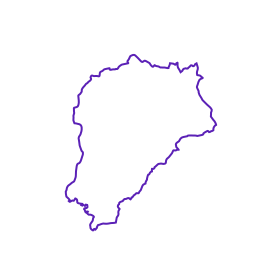 Dai Loc, Quàng Nam, Vietnam (Albers equal-area conic projection), rotated 139°
{"feature_id": "81297802B98438479076374", "entity_name": "Dai Loc", "entity_type": "district", "adm_level": 2, "iso_a3": "VNM", "parent_name": "Vietnam", "parent_adm1": "Quàng Nam", "projection": "albers", "projection_center": [107.976, 15.834], "detail": "fine", "context": "isolated", "style": "outline", "palette": "violet", "viewbox_px": 256, "rotation_deg": 139, "n_neighbors": 0, "source": "geoboundaries", "source_scale": "gbopen_adm2", "svg_char_len": 5700}
<svg xmlns="http://www.w3.org/2000/svg" viewBox="0 0 256 256"><g transform="rotate(139 128 128)"><path d="M219.2,72.7L216.9,73.1L216.7,73.5L214.5,74.4L213.9,74.2L212.8,73.6L211.8,73.3L210.0,72.5L209.3,72.1L208.8,71.5L208.2,71.0L207.5,70.2L205.9,69.0L203.2,67.4L200.9,65.6L199.2,64.6L195.4,67.7L194.7,68.0L193.1,68.4L192.4,68.7L191.5,69.4L191.0,70.3L190.0,71.3L189.4,71.7L187.5,72.4L187.5,74.4L187.3,75.1L187.1,75.5L186.5,76.0L186.0,76.2L185.6,76.4L184.8,76.3L184.5,76.5L184.2,76.8L183.8,77.2L182.6,77.3L181.1,76.8L180.0,76.3L179.9,76.3L179.7,76.5L177.4,76.7L177.0,76.5L175.9,75.7L174.4,75.3L173.9,75.0L173.5,74.7L173.3,74.4L173.2,73.4L173.0,72.7L172.9,72.5L171.3,72.8L171.0,73.2L170.8,73.2L170.2,73.0L169.8,72.9L168.4,73.2L167.9,73.4L166.7,73.2L164.5,73.3L164.1,73.0L162.9,71.9L162.4,71.9L161.1,72.5L159.3,72.7L158.8,72.9L155.2,74.8L154.3,75.1L153.4,75.2L151.2,74.6L150.5,75.4L149.1,76.0L148.9,76.2L148.4,76.4L148.0,76.4L147.6,76.6L147.2,76.9L146.9,77.3L146.2,77.8L144.8,78.8L143.4,79.5L142.8,79.2L142.2,79.2L140.8,79.8L139.7,79.9L139.3,79.9L138.4,79.5L137.6,80.6L136.7,81.4L135.7,80.5L135.2,80.4L134.5,80.4L133.6,81.0L132.9,80.9L129.2,81.0L128.6,80.9L126.4,79.5L124.9,77.7L124.3,77.3L123.6,76.9L123.2,76.8L122.7,76.8L122.2,77.0L120.9,78.2L120.2,78.7L119.2,79.1L118.7,79.2L116.3,79.2L115.1,79.4L111.9,80.0L111.1,80.2L108.7,81.3L108.2,81.2L106.9,79.9L106.3,79.6L105.2,79.4L104.1,78.4L104.0,78.5L104.0,82.0L103.8,82.4L103.2,83.2L102.9,83.9L102.5,84.3L102.1,84.6L101.3,84.8L100.3,84.8L98.6,84.6L98.1,84.6L95.8,85.4L95.2,85.5L94.2,85.5L93.4,85.4L92.0,84.8L89.0,83.1L88.6,82.9L88.0,83.0L87.5,82.8L86.3,81.9L81.7,77.7L81.0,76.6L79.8,75.9L76.9,74.3L76.0,73.9L75.3,73.9L74.7,74.4L73.8,74.4L72.4,74.2L70.2,73.7L69.9,73.6L69.6,73.2L69.5,72.8L69.5,71.9L69.5,71.7L69.3,71.6L68.8,71.3L67.2,71.0L66.8,70.7L65.8,70.4L65.1,70.3L64.7,70.7L63.7,71.7L62.6,72.3L61.0,72.7L60.0,72.7L59.5,72.5L59.4,72.6L59.0,73.5L58.7,74.4L58.3,76.2L58.3,78.0L58.0,81.8L57.9,82.3L56.4,83.8L55.9,84.4L55.3,85.1L53.7,86.0L53.1,86.6L52.8,86.9L52.6,87.9L52.5,88.8L52.5,89.9L53.0,93.8L53.2,96.6L53.4,99.5L53.4,100.6L53.0,102.0L52.3,106.2L51.4,108.4L50.6,109.4L50.4,109.8L49.8,112.0L49.4,113.2L49.2,113.6L48.7,114.1L46.9,115.1L44.7,116.5L42.6,117.4L41.9,117.4L41.3,117.4L40.5,117.2L39.3,116.8L38.8,116.8L38.7,117.0L39.1,118.6L39.1,119.7L39.2,120.1L39.8,121.1L40.8,122.2L40.9,122.4L41.0,122.7L40.0,124.2L39.3,124.9L38.7,125.4L36.8,126.6L35.8,127.6L35.1,129.0L33.9,131.8L35.5,132.1L36.7,131.6L37.4,131.6L38.0,131.7L38.5,132.2L38.7,133.3L39.1,133.8L39.4,134.0L39.8,134.0L41.4,133.8L43.1,133.9L43.6,133.7L43.9,133.8L44.5,134.1L45.4,135.3L46.3,135.7L47.1,136.1L47.9,136.1L49.6,135.5L51.7,135.6L51.5,136.4L51.1,138.0L50.7,140.5L50.4,141.3L49.8,142.4L47.9,144.6L47.9,144.8L48.8,145.1L49.3,145.0L50.5,144.6L50.9,144.8L51.2,145.8L51.6,146.8L53.8,149.3L55.0,148.4L55.9,147.9L57.4,147.3L58.1,146.7L58.8,147.2L60.6,149.5L63.8,152.4L64.2,153.2L64.5,154.3L66.1,156.3L66.5,157.1L66.6,157.8L66.8,158.0L67.4,157.9L68.1,157.8L68.7,157.8L69.1,158.0L69.4,158.5L69.5,159.5L69.5,161.1L69.3,161.9L69.2,162.8L69.5,163.8L70.5,166.6L71.1,167.7L71.6,168.0L73.2,168.2L73.9,168.5L74.3,169.2L74.4,169.9L74.6,174.5L74.9,177.8L75.1,178.6L75.4,179.1L76.2,179.8L77.2,180.2L78.9,180.7L80.2,180.3L81.2,179.8L82.4,179.3L84.5,178.8L85.0,178.2L85.2,176.9L85.5,176.8L90.9,179.8L91.5,180.0L93.5,180.2L94.6,180.2L95.5,180.0L96.4,179.6L96.9,179.6L97.3,179.6L97.6,179.7L97.8,179.9L98.4,180.5L99.4,180.8L100.1,181.5L101.5,182.5L102.5,183.0L103.2,183.6L103.4,184.1L103.3,184.5L102.8,185.1L102.9,185.4L106.9,187.6L107.9,187.9L109.1,187.8L110.2,187.9L111.1,188.2L112.0,188.4L113.0,188.1L115.2,186.1L115.8,186.0L116.2,186.2L117.3,187.6L119.8,189.7L120.5,190.9L120.9,191.3L121.4,191.4L121.8,191.4L122.7,191.0L123.2,190.6L123.4,189.7L123.8,189.1L124.4,188.8L125.6,188.6L127.7,188.8L128.6,188.6L129.6,188.6L130.4,188.8L131.4,188.7L132.6,188.4L134.3,188.2L135.6,188.0L136.7,187.7L137.6,187.3L138.2,186.8L138.8,186.1L139.4,185.7L141.7,185.1L143.6,185.2L144.1,185.1L144.4,184.9L147.1,181.1L148.6,179.3L150.2,178.0L151.7,177.3L152.8,177.4L155.4,178.6L155.7,178.5L155.9,178.4L158.0,175.8L158.8,174.6L161.2,173.0L162.1,171.8L164.1,169.7L164.7,168.4L165.3,166.7L164.1,165.4L162.2,162.7L161.9,161.8L161.8,161.1L161.9,160.5L162.1,159.8L162.7,158.7L164.0,157.2L165.3,156.1L168.0,154.4L168.8,154.1L170.6,153.6L171.7,152.9L172.1,152.5L173.7,149.9L175.9,146.6L176.5,145.2L178.0,141.3L178.0,140.8L178.0,139.4L178.2,139.0L178.6,138.5L179.5,137.6L184.3,134.7L185.6,134.0L186.8,133.6L187.4,133.5L187.8,133.5L189.2,133.9L189.5,134.0L190.1,133.8L190.8,133.5L191.7,132.9L195.6,129.5L198.3,126.6L199.2,125.7L200.1,125.0L203.0,123.4L203.7,123.1L204.0,123.1L206.4,123.5L208.6,123.5L210.6,123.7L211.6,123.6L212.5,123.3L213.5,122.8L215.0,121.6L216.7,120.8L218.1,119.0L219.0,117.5L219.4,116.8L219.5,116.6L219.2,113.8L219.2,112.2L219.3,111.8L219.5,111.8L220.6,111.7L220.5,110.7L220.2,110.4L217.6,109.8L216.7,108.7L215.5,108.9L214.1,109.4L213.9,109.3L213.8,109.1L213.5,107.6L213.9,106.7L215.0,105.2L215.1,104.7L215.0,104.2L214.2,102.9L212.7,101.2L213.9,100.6L213.7,100.1L213.4,99.5L212.2,99.9L211.6,97.4L210.1,97.8L209.3,96.7L209.9,95.6L210.4,95.1L210.7,94.8L211.4,94.8L212.0,94.9L213.3,95.8L213.6,95.9L214.1,95.8L214.4,95.5L214.4,94.5L215.1,93.0L214.8,92.5L213.3,91.5L213.2,91.4L213.2,91.1L213.7,91.1L215.0,91.3L214.8,90.6L214.7,89.8L214.7,89.3L214.5,88.4L213.2,87.2L212.8,86.6L212.5,86.0L212.1,85.0L211.9,84.0L212.0,83.4L212.4,83.1L213.4,82.9L215.2,81.4L215.8,81.1L218.7,80.4L219.5,80.1L220.3,79.6L220.8,78.7L221.5,77.7L222.0,76.9L222.1,76.4L222.1,75.3L221.8,74.0L221.6,73.7L221.3,73.6L221.1,73.5L220.8,73.6L220.4,73.9L219.8,74.0L219.6,73.9L219.4,73.4L219.2,72.7Z" fill="none" stroke="#5b21b6" stroke-width="2"/></g></svg>